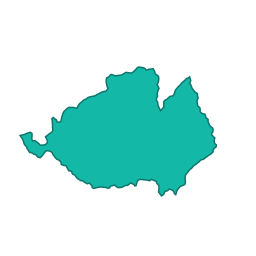 outline of Marabá Paulista, São Paulo, Brazil, rotated 36°
{"feature_id": "56859067B14081948497255", "entity_name": "Marabá Paulista", "entity_type": "district", "adm_level": 2, "iso_a3": "BRA", "parent_name": "Brazil", "parent_adm1": "São Paulo", "projection": "robinson", "projection_center": [-52.077, -22.12], "detail": "fine", "context": "isolated", "style": "filled", "palette": "teal", "viewbox_px": 256, "rotation_deg": 36, "n_neighbors": 0, "source": "geoboundaries", "source_scale": "gbopen_adm2", "svg_char_len": 4346}
<svg xmlns="http://www.w3.org/2000/svg" viewBox="0 0 256 256"><g transform="rotate(36 128 128)"><path d="M100.5,72.8L100.0,74.0L99.9,75.9L99.6,77.8L99.2,79.7L98.6,81.5L96.9,82.4L95.3,83.4L94.1,83.8L93.3,84.8L92.7,86.6L91.9,88.4L91.2,89.4L90.1,90.3L88.7,91.7L87.2,93.2L85.1,93.8L83.5,94.3L82.5,95.1L82.6,96.7L82.1,98.5L81.3,100.1L81.8,101.4L82.7,102.8L83.6,103.9L84.5,104.7L85.8,105.9L87.1,107.0L88.5,107.4L88.6,110.0L88.3,111.5L87.1,112.5L86.0,113.9L85.3,115.3L84.4,117.0L83.5,118.6L82.9,120.1L82.1,121.7L81.2,122.7L80.0,124.0L78.8,125.3L77.7,126.8L77.1,129.1L75.9,131.0L75.4,133.0L75.1,134.7L74.6,136.3L74.4,137.8L74.6,139.6L75.1,141.9L73.8,142.7L72.7,143.0L71.6,143.6L70.1,144.6L69.1,145.3L67.9,146.3L67.2,148.2L66.9,150.0L66.5,152.2L66.7,154.0L67.2,155.6L67.6,156.9L68.1,158.3L68.8,160.0L69.5,161.2L69.7,162.8L68.1,164.4L66.7,164.7L65.3,163.5L63.3,163.6L61.3,163.4L61.0,165.3L62.1,166.3L63.1,167.4L63.9,168.4L64.7,169.4L65.6,170.3L66.3,171.7L67.6,172.8L68.8,174.6L68.8,176.3L68.3,177.7L67.7,179.0L67.2,180.8L66.9,182.1L66.4,183.7L67.8,184.3L69.6,185.2L70.9,186.4L71.4,187.6L71.1,189.3L70.4,190.8L69.1,191.8L67.8,193.0L66.6,193.5L65.4,193.1L64.2,193.0L62.0,193.0L60.1,192.8L59.3,193.7L58.4,194.5L56.9,193.7L55.8,192.2L54.8,190.5L53.5,188.8L51.4,188.9L50.1,190.8L48.9,192.3L48.2,193.8L46.9,195.4L46.0,196.4L45.1,197.5L46.7,198.1L49.4,199.0L51.3,200.3L52.5,201.3L53.8,202.1L55.0,202.5L56.3,202.7L57.4,202.9L58.2,203.9L59.7,204.3L61.1,204.9L62.8,205.6L64.1,204.8L65.2,204.5L67.3,204.5L69.1,203.7L70.2,204.2L72.3,204.5L74.4,203.7L74.9,201.1L75.0,198.4L74.9,196.4L75.2,194.6L76.7,193.4L78.0,192.9L79.5,192.4L81.1,192.5L82.2,193.1L83.2,193.8L85.2,194.2L86.7,194.8L88.9,195.1L90.7,194.6L92.7,194.8L94.2,195.3L95.3,196.6L96.6,196.5L98.2,196.0L100.0,194.9L103.1,196.4L105.2,197.4L107.8,196.2L109.4,197.5L110.5,197.9L112.3,197.3L114.8,198.1L116.9,198.6L118.2,198.5L120.9,198.3L122.4,197.2L123.9,197.5L127.8,197.1L129.0,195.3L131.0,195.7L132.6,195.8L134.0,197.2L135.7,197.1L137.1,195.4L139.1,193.0L141.6,191.0L142.8,190.6L144.3,189.4L145.7,189.0L147.2,188.6L148.3,187.1L148.0,185.2L149.7,183.5L150.7,181.8L151.8,182.2L153.2,182.3L154.6,182.2L155.7,181.6L157.7,179.8L158.4,178.7L159.6,176.1L161.2,174.9L162.0,172.9L162.1,171.1L163.8,170.6L165.9,170.2L167.5,170.9L168.4,169.9L167.0,166.3L166.9,164.3L167.6,162.9L168.6,162.0L171.2,160.6L173.7,159.1L175.3,158.5L176.6,157.8L177.2,155.8L179.1,155.3L182.3,154.6L184.3,156.0L186.3,156.2L187.9,157.6L189.4,160.1L190.3,161.8L192.9,162.6L194.9,163.3L195.8,161.5L195.7,159.8L195.2,157.5L196.8,155.6L197.4,153.1L198.8,152.6L200.8,152.2L202.7,152.5L203.9,153.8L205.8,153.9L205.3,152.3L204.5,150.2L204.3,147.6L204.6,144.8L205.6,143.0L207.1,140.4L206.8,139.1L206.2,137.8L205.3,137.0L204.3,135.7L202.9,134.1L202.3,132.5L202.1,130.3L202.3,128.2L202.4,126.4L202.5,124.7L203.1,123.4L203.2,121.7L203.2,120.2L204.2,117.9L204.7,115.8L205.3,113.9L205.6,111.6L206.1,110.4L207.2,109.3L207.9,107.6L208.1,106.1L208.8,104.7L209.1,103.2L209.7,101.7L210.4,100.3L210.9,97.3L209.8,95.9L209.7,93.8L210.4,91.4L209.4,89.7L207.9,89.7L206.2,88.9L204.9,87.2L204.1,85.0L202.7,84.9L201.5,84.7L199.6,84.2L198.6,82.7L199.0,81.4L198.4,80.2L197.7,79.2L196.5,78.3L195.0,78.2L193.6,78.2L191.7,77.5L190.6,76.5L189.1,76.0L188.0,74.2L186.8,73.7L185.2,74.0L183.7,72.7L182.1,71.6L181.0,72.1L179.6,72.7L177.7,72.6L176.5,72.1L175.4,70.4L174.0,69.3L172.8,69.2L171.4,69.2L170.4,68.1L169.1,66.8L167.7,65.5L167.3,63.6L167.0,62.3L165.8,61.6L164.9,60.6L163.9,59.3L162.3,59.5L160.9,59.6L159.2,58.9L156.8,58.3L154.8,57.1L153.1,55.9L151.7,55.9L151.3,54.3L150.9,52.8L149.2,51.4L147.8,50.4L147.4,52.0L146.4,53.3L146.1,54.9L145.9,56.2L145.4,58.1L144.9,60.3L145.0,62.6L144.5,64.4L144.3,66.2L144.2,67.7L144.1,69.4L144.5,71.0L145.2,72.5L145.3,74.1L145.5,75.6L144.4,76.7L143.2,78.0L143.0,79.9L142.6,81.8L141.9,83.1L141.4,84.6L141.6,86.1L143.0,87.7L143.8,88.9L144.7,90.0L144.4,91.7L144.4,93.1L144.1,94.9L142.3,93.9L140.8,93.1L139.0,92.0L138.0,91.1L137.0,89.8L135.9,89.3L134.7,88.9L133.6,87.3L133.3,84.9L131.8,83.6L130.9,81.8L130.1,79.5L129.8,77.7L128.5,77.0L127.2,76.2L126.0,76.0L125.8,74.1L125.1,72.1L124.0,70.1L122.8,68.7L121.4,68.0L119.7,68.2L118.0,68.1L117.1,67.2L116.1,66.4L114.8,65.9L113.5,65.2L112.2,66.8L110.7,67.7L109.7,69.3L108.6,70.6L106.9,69.9L105.6,70.0L104.0,70.8L102.7,71.3L101.4,72.0L100.5,72.8Z" fill="#14b8a6" stroke="#0f766e" stroke-width="1.5"/></g></svg>